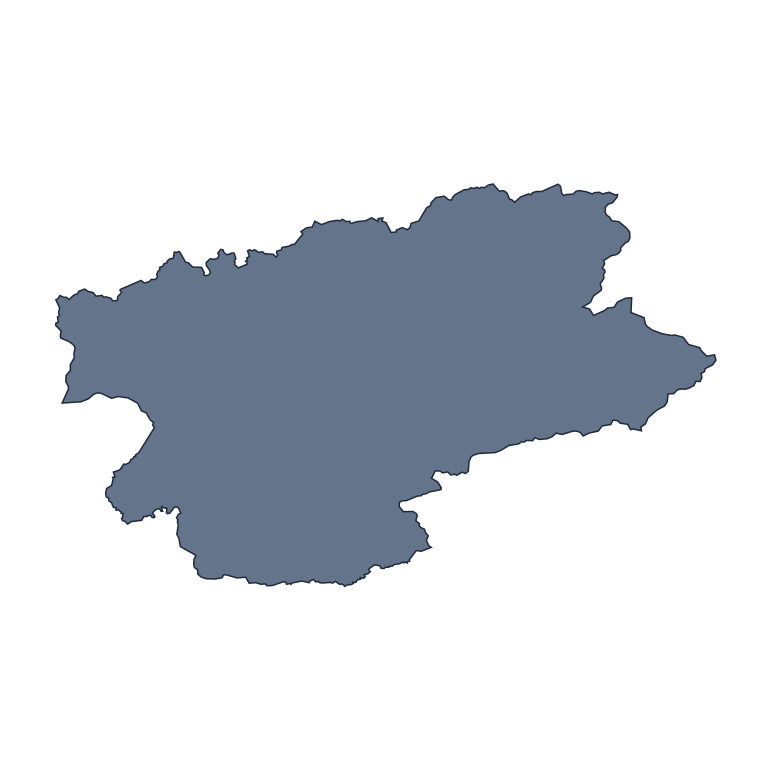 the district of Mariscal Caceres, San Martín, Peru, rotated 92°
{"feature_id": "86281439B62722708065748", "entity_name": "Mariscal Caceres", "entity_type": "district", "adm_level": 2, "iso_a3": "PER", "parent_name": "Peru", "parent_adm1": "San Martín", "projection": "natural_earth1", "projection_center": [-77.093, -7.224], "detail": "fine", "context": "isolated", "style": "filled", "palette": "slate", "viewbox_px": 768, "rotation_deg": 92, "n_neighbors": 0, "source": "geoboundaries", "source_scale": "gbopen_adm2", "svg_char_len": 6147}
<svg xmlns="http://www.w3.org/2000/svg" viewBox="0 0 768 768"><g transform="rotate(92 384 384)"><path d="M549.4,346.0L549.8,340.8L545.6,331.1L544.0,333.6L538.9,336.2L534.2,334.4L531.2,337.2L527.7,338.4L526.1,342.3L524.3,343.9L522.4,343.7L519.4,347.4L514.6,346.2L512.6,347.0L510.4,350.6L510.9,360.0L506.0,364.5L502.7,364.5L501.3,364.0L500.0,361.3L499.9,357.8L494.9,346.8L494.3,342.8L493.1,342.0L491.8,337.0L490.5,335.6L487.6,323.4L485.7,323.1L480.2,326.8L476.6,333.2L469.1,329.8L469.0,325.0L470.8,322.3L469.6,317.3L472.5,314.3L471.8,310.0L472.7,308.1L469.4,302.9L470.7,299.7L468.4,296.7L458.7,296.3L453.9,294.5L452.2,292.6L450.1,286.7L448.7,270.7L446.2,264.9L441.1,257.0L439.2,247.4L437.0,244.6L437.1,241.7L435.4,239.6L435.5,233.5L432.4,231.3L434.0,227.0L433.0,218.8L430.6,213.9L427.1,210.4L428.2,204.1L424.5,193.6L424.4,189.8L425.5,186.2L429.0,183.2L425.8,177.2L423.6,168.3L418.3,164.5L416.6,155.9L412.5,154.2L412.1,152.9L412.6,149.2L414.9,146.6L415.8,139.0L420.9,136.1L420.3,132.9L421.8,125.1L417.9,125.7L414.8,121.3L408.6,118.9L400.7,110.6L396.0,102.6L391.9,100.4L384.0,99.7L383.5,94.0L380.1,91.2L378.7,88.0L378.6,82.1L377.6,79.3L374.8,74.3L370.4,72.3L370.5,68.1L366.4,66.5L362.5,67.5L360.4,64.1L357.5,63.6L353.3,56.1L348.6,53.1L343.3,54.7L345.0,62.4L339.2,68.5L336.7,69.6L333.9,81.0L326.9,86.6L324.8,95.3L325.5,98.2L324.0,108.0L320.7,117.8L317.3,123.0L315.2,124.8L308.6,126.4L304.0,139.6L289.1,139.5L289.9,145.7L293.9,153.5L299.4,156.8L300.3,163.4L302.7,165.8L308.2,176.9L301.9,181.2L300.1,188.2L295.2,180.5L288.9,177.9L282.8,170.2L280.6,169.9L276.4,171.5L271.0,168.0L266.7,168.4L264.4,167.0L262.2,167.5L260.9,169.9L256.2,167.7L253.1,168.8L248.1,161.8L246.4,155.9L244.7,153.6L242.5,152.1L239.6,152.2L234.5,147.7L233.1,145.0L229.9,143.4L223.6,143.8L219.6,147.2L213.6,154.9L212.9,162.1L209.3,164.5L207.3,167.6L204.2,169.0L199.6,168.8L196.5,166.3L194.8,161.8L189.0,157.5L186.5,157.2L187.1,159.4L184.5,165.7L186.4,172.2L184.9,175.4L185.4,180.5L186.8,182.3L184.7,189.1L183.9,195.6L184.7,198.9L187.6,201.6L188.3,208.6L189.4,210.7L187.5,212.9L180.1,214.6L178.3,217.1L186.1,233.2L186.3,238.5L187.7,242.3L189.7,243.6L189.0,246.3L192.3,254.0L197.8,259.8L195.4,262.7L194.9,264.9L188.8,267.8L186.6,271.2L187.2,275.6L180.3,282.0L181.6,286.8L184.3,290.4L184.0,293.6L185.3,295.5L184.1,297.8L185.4,301.1L184.9,304.2L186.6,306.4L187.0,310.5L192.0,319.2L194.9,321.9L197.9,322.9L197.6,325.9L194.2,330.4L195.9,338.6L201.3,343.3L204.0,343.7L206.6,347.7L219.8,354.8L222.6,362.6L226.7,363.5L228.9,366.0L227.1,371.3L229.8,377.1L231.7,377.0L232.3,382.2L222.7,387.6L221.3,391.7L218.1,390.9L218.9,395.6L221.6,395.7L218.3,402.2L221.5,408.0L222.7,416.9L224.6,422.1L224.4,423.2L222.5,423.9L223.1,427.1L220.9,431.2L222.4,433.7L222.1,436.6L223.5,444.0L226.9,452.1L223.7,458.8L229.6,461.2L230.6,466.8L234.6,472.4L237.0,470.4L247.9,478.6L247.6,480.4L249.7,484.2L251.1,490.6L253.7,491.5L254.9,495.6L256.6,496.1L259.0,494.6L260.9,496.4L258.3,499.0L257.9,508.0L256.1,509.9L256.7,514.1L254.3,517.9L255.6,520.7L254.6,523.1L255.7,525.0L261.3,523.0L262.8,525.6L265.2,524.8L266.1,526.6L267.9,525.0L269.2,525.2L273.0,533.6L269.8,537.6L267.8,537.1L266.3,538.0L264.0,536.4L258.5,538.3L258.3,540.3L260.4,545.2L258.4,548.4L255.6,549.5L255.1,551.8L259.1,554.7L260.8,553.4L264.2,554.6L265.3,558.3L264.9,562.1L268.9,566.0L272.0,565.6L276.2,562.3L279.3,561.4L281.2,563.1L282.0,566.2L281.3,568.0L278.9,567.5L273.8,570.4L273.8,579.3L269.8,583.6L269.0,586.7L259.3,592.6L258.7,593.9L259.8,595.7L259.5,598.2L265.9,599.0L266.4,602.5L268.8,605.0L270.5,605.1L271.5,608.1L274.1,609.3L275.4,612.4L277.6,611.9L278.9,613.6L282.4,615.0L285.0,614.0L287.5,616.1L287.6,620.2L290.0,622.3L291.4,627.1L289.0,630.4L298.4,650.3L299.4,651.2L301.7,649.4L305.8,653.1L309.9,653.5L310.4,658.0L307.9,659.9L306.6,664.8L307.0,667.3L305.3,668.7L306.3,674.8L302.7,677.9L301.9,682.7L299.6,686.6L302.1,692.5L304.2,693.0L306.1,697.2L310.6,701.8L308.5,704.1L308.5,707.2L306.9,710.9L310.1,712.9L311.3,714.9L319.3,710.8L323.9,711.7L326.7,710.7L328.5,712.7L333.5,711.7L334.8,714.2L337.1,714.0L342.3,708.6L347.5,709.2L349.5,708.5L352.5,700.4L356.0,695.3L359.0,694.0L364.7,695.0L368.2,694.3L375.7,698.2L381.3,697.9L386.6,702.0L392.7,702.1L397.7,699.3L400.2,699.3L414.3,705.0L412.4,686.4L409.2,679.0L404.4,673.7L402.8,670.2L403.4,665.7L407.8,655.8L405.8,649.3L406.8,639.5L411.8,629.5L419.3,625.5L421.1,620.7L428.1,616.3L430.6,613.0L433.0,613.8L435.6,611.9L461.0,626.6L463.7,630.0L464.9,629.6L465.4,631.4L467.2,632.2L468.2,634.2L471.4,635.7L473.5,639.6L473.0,641.1L475.3,642.9L476.6,642.6L477.0,643.8L479.1,645.1L481.5,651.4L486.5,649.5L486.7,652.0L488.1,651.3L494.9,652.7L498.2,657.6L502.6,658.4L506.4,657.7L508.1,655.2L510.7,654.7L511.7,652.4L516.7,650.1L517.4,647.0L519.3,647.5L519.2,644.8L521.4,642.0L522.5,642.2L522.5,640.3L526.6,640.6L527.3,641.6L529.7,640.6L530.2,638.2L533.0,635.4L530.3,631.6L528.7,621.3L524.7,619.4L524.9,617.2L523.1,613.0L525.3,611.2L525.8,609.4L524.5,608.3L520.7,610.8L517.8,608.1L516.5,605.3L516.7,603.9L519.0,602.3L518.9,600.8L515.0,602.2L514.2,601.6L515.5,599.7L515.8,596.6L520.3,597.0L521.2,595.8L520.6,593.6L514.6,589.3L514.0,587.4L515.0,585.1L520.2,582.6L521.4,585.0L525.0,586.7L526.9,585.2L528.9,585.7L531.9,584.7L541.5,585.8L544.9,583.7L553.6,581.8L561.8,566.0L566.2,567.8L571.1,567.9L574.0,567.1L576.0,563.9L580.6,563.4L583.3,560.0L584.8,554.9L584.8,546.0L583.3,539.0L580.6,537.7L580.1,535.6L582.9,524.3L582.0,515.4L587.8,511.8L587.0,505.1L588.4,500.4L588.0,495.6L589.7,494.0L589.3,488.5L585.2,477.8L585.4,475.3L587.5,474.5L586.7,470.9L587.5,470.0L586.0,468.5L583.8,459.4L585.2,451.8L583.4,451.0L581.8,447.5L584.1,445.5L583.6,442.4L584.6,442.0L585.1,439.2L584.2,430.7L584.8,428.4L583.0,425.8L585.9,421.0L585.3,419.7L586.1,417.3L587.6,416.4L585.8,413.0L585.8,410.3L584.4,407.6L583.3,408.1L583.1,405.0L580.9,404.2L579.9,400.6L578.5,401.1L578.8,397.6L577.2,396.0L575.2,397.0L574.2,393.4L571.9,391.1L570.9,392.6L569.1,392.5L565.1,387.1L565.8,381.8L568.2,380.6L568.5,377.7L567.1,376.0L566.9,372.5L565.6,371.4L566.0,369.6L563.9,367.4L563.1,362.0L561.2,359.1L562.1,358.1L561.3,356.6L562.0,354.6L561.1,354.8L560.3,352.2L558.7,352.5L549.4,346.0Z" fill="#64748b" stroke="#1e293b" stroke-width="1.5"/></g></svg>